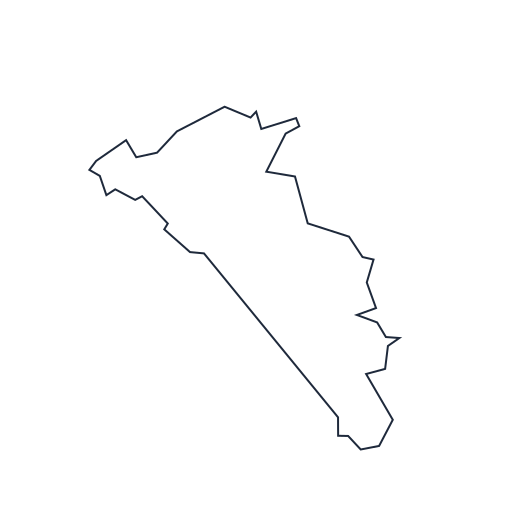 Kisela Voda, Aerodrom, North Macedonia (Natural Earth projection), rotated 201°
{"feature_id": "65306769B41644037603367", "entity_name": "Kisela Voda", "entity_type": "district", "adm_level": 2, "iso_a3": "MKD", "parent_name": "North Macedonia", "parent_adm1": "Aerodrom", "projection": "natural_earth1", "projection_center": [21.486, 41.95], "detail": "fine", "context": "isolated", "style": "outline", "palette": "slate", "viewbox_px": 512, "rotation_deg": 201, "n_neighbors": 0, "source": "geoboundaries", "source_scale": "gbopen_adm2", "svg_char_len": 689}
<svg xmlns="http://www.w3.org/2000/svg" viewBox="0 0 512 512"><g transform="rotate(201 256 256)"><path d="M114.9,117.6L105.5,121.0L88.9,112.9L73.0,122.8L69.6,152.1L110.9,185.3L95.0,196.9L100.6,219.3L92.8,230.8L105.7,226.9L119.1,237.4L140.7,237.1L125.3,250.4L143.1,271.0L145.0,294.8L156.2,293.2L176.1,307.4L219.4,305.0L248.1,344.2L276.6,338.4L272.2,380.9L262.1,392.7L268.0,399.1L296.6,376.5L307.6,390.8L310.7,383.3L338.8,384.1L374.5,344.0L385.4,317.0L403.2,305.3L418.8,317.6L439.3,287.5L442.4,276.7L430.5,274.8L417.5,259.2L411.3,267.8L388.9,265.1L383.7,271.0L350.0,254.7L351.2,248.0L319.0,236.0L305.5,239.8L121.6,134.8L114.9,117.6Z" fill="none" stroke="#1e293b" stroke-width="2"/></g></svg>